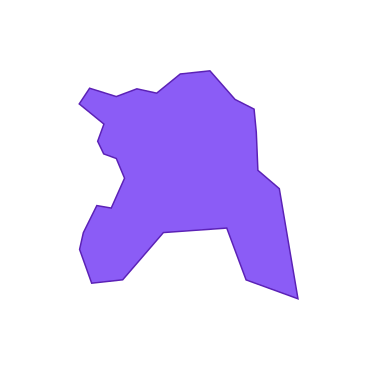 map outline of Valenzuela (Natural Earth projection), rotated 200°
{"feature_id": "PHL-5547", "entity_name": "Valenzuela", "entity_type": "Highly Urbanized City", "adm_level": 1, "iso_a3": "PHL", "parent_name": "Philippines", "parent_adm1": "", "projection": "natural_earth1", "projection_center": [120.998, 14.7], "detail": "fine", "context": "isolated", "style": "filled", "palette": "violet", "viewbox_px": 384, "rotation_deg": 200, "n_neighbors": 0, "source": "natural_earth", "source_scale": "10m", "svg_char_len": 503}
<svg xmlns="http://www.w3.org/2000/svg" viewBox="0 0 384 384"><g transform="rotate(200 192 192)"><path d="M147.0,170.0L205.0,144.1L227.1,85.8L255.1,72.0L278.0,99.6L280.2,116.6L276.8,146.7L262.4,149.3L260.1,181.9L274.6,197.6L288.0,197.6L298.0,207.4L298.0,225.7L328.1,236.2L323.7,254.5L295.8,255.8L279.1,270.1L259.0,272.8L243.4,298.9L216.6,312.0L183.2,293.7L162.0,291.1L152.0,270.1L137.5,234.9L111.1,225.0L55.9,127.9L111.1,127.9L147.0,170.0Z" fill="#8b5cf6" stroke="#5b21b6" stroke-width="1.5"/></g></svg>